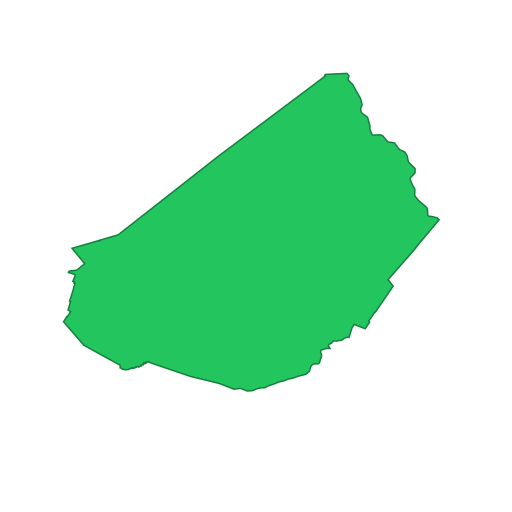 Emmen, Drenthe, Netherlands, rotated 229°
{"feature_id": "6326949B31474052020182", "entity_name": "Emmen", "entity_type": "district", "adm_level": 2, "iso_a3": "NLD", "parent_name": "Netherlands", "parent_adm1": "Drenthe", "projection": "mercator", "projection_center": [6.941, 52.753], "detail": "fine", "context": "isolated", "style": "filled", "palette": "green", "viewbox_px": 512, "rotation_deg": 229, "n_neighbors": 0, "source": "geoboundaries", "source_scale": "gbopen_adm2", "svg_char_len": 5552}
<svg xmlns="http://www.w3.org/2000/svg" viewBox="0 0 512 512"><g transform="rotate(229 256 256)"><path d="M163.2,418.0L165.4,417.8L165.7,417.8L166.0,417.7L170.5,414.6L171.0,414.2L171.9,413.1L172.2,412.9L172.8,412.6L173.6,412.3L174.1,412.4L174.5,412.6L177.2,414.9L177.8,415.3L179.4,416.3L179.9,416.5L180.4,416.6L180.9,416.6L181.3,416.6L191.4,415.1L195.6,415.2L196.4,415.3L196.8,415.3L197.1,415.4L197.7,415.7L198.3,416.1L201.7,419.3L202.2,419.7L202.7,419.8L206.5,420.6L207.3,420.8L212.4,422.5L212.8,422.7L213.2,423.0L213.4,423.2L213.5,423.4L213.6,423.7L213.7,424.0L213.8,425.0L214.3,429.9L214.3,430.3L214.4,430.5L214.7,430.8L217.2,433.1L217.5,433.3L218.1,433.4L225.8,432.8L226.5,432.8L227.2,433.0L227.8,433.2L231.9,435.5L232.3,435.7L232.9,435.9L236.3,436.5L237.0,436.4L237.4,436.3L241.5,434.4L242.1,434.2L242.6,434.2L243.1,434.1L245.9,434.3L250.0,434.7L250.5,434.6L251.0,434.4L255.3,430.6L255.5,430.5L255.8,430.4L256.4,430.4L259.5,430.4L263.5,430.5L264.0,430.4L264.4,430.2L266.0,429.2L269.1,425.4L270.2,423.9L270.5,423.6L271.0,423.4L271.3,423.3L271.6,423.3L272.0,423.4L276.7,425.0L277.3,425.3L277.7,425.6L279.2,427.2L279.5,427.4L286.4,430.7L287.3,431.0L288.0,431.1L288.6,431.0L293.3,429.8L293.7,429.8L294.1,429.7L294.8,429.7L295.4,429.8L296.2,430.1L296.6,430.3L297.5,430.9L298.3,431.4L298.7,431.8L298.9,432.1L300.0,434.6L300.3,435.0L300.7,435.4L301.0,435.6L306.3,438.2L307.1,438.4L314.5,439.8L321.7,441.5L327.5,441.1L328.1,441.2L328.5,441.3L328.8,441.5L329.3,441.9L329.4,442.1L330.6,443.8L330.9,444.2L331.1,444.3L331.4,444.4L332.0,444.5L333.3,444.4L333.8,444.5L334.1,444.5L334.2,444.4L336.2,441.9L347.3,427.8L347.3,426.3L346.9,426.2L346.4,426.2L347.8,406.3L356.0,293.1L362.4,165.9L370.4,148.5L369.9,148.3L370.5,147.2L370.9,147.3L382.5,122.2L363.2,121.7L363.0,121.9L362.9,121.9L363.0,121.2L362.9,121.1L362.7,120.8L362.4,120.5L362.7,119.5L363.0,111.2L366.9,105.7L367.0,105.3L366.9,103.8L366.9,103.7L366.5,103.7L366.2,103.9L365.5,104.3L361.0,107.1L360.7,107.2L360.2,107.1L360.0,106.9L357.0,101.1L355.5,102.0L354.9,100.8L354.0,101.4L352.1,98.2L351.5,97.5L349.0,93.6L347.2,90.6L344.1,85.6L343.3,86.1L338.5,78.7L335.7,79.7L333.9,73.5L334.4,73.4L332.6,67.6L301.6,67.5L262.7,81.8L260.7,80.1L260.3,80.5L260.0,80.6L259.8,80.7L259.6,80.6L259.2,80.5L258.4,81.1L258.2,81.0L257.8,81.2L257.7,81.3L257.6,81.7L257.4,81.8L256.9,82.0L256.6,82.1L256.2,82.5L255.4,83.2L255.0,83.8L254.8,84.2L254.8,84.4L254.7,84.5L254.3,84.8L254.2,84.9L254.1,85.1L254.2,85.5L253.9,85.8L253.7,86.7L253.6,86.9L253.5,87.3L253.4,87.4L253.1,88.5L252.5,88.6L252.2,88.8L252.1,89.0L252.2,89.3L252.5,89.7L252.5,89.8L252.3,90.0L251.8,89.9L251.1,90.8L251.0,91.0L251.0,91.6L251.2,92.3L251.3,92.3L251.3,92.5L251.2,92.6L250.7,92.7L250.5,92.8L250.5,93.0L250.7,93.5L250.6,93.8L250.4,94.0L250.0,94.3L249.8,94.3L249.4,94.3L249.5,94.9L249.4,95.0L249.0,95.2L248.9,95.3L248.8,95.7L248.9,95.9L248.9,96.2L248.8,96.6L248.9,96.8L249.0,96.9L249.0,97.2L248.5,97.1L248.5,97.3L248.4,97.3L248.2,97.4L248.2,97.5L248.4,97.7L248.5,97.8L248.6,98.5L248.4,98.8L248.1,99.4L248.1,99.5L247.9,99.5L247.9,99.8L247.9,100.0L248.0,100.0L248.5,100.0L248.8,100.4L248.8,100.5L248.7,100.8L249.1,101.4L249.1,101.6L248.9,101.7L248.4,101.6L248.0,101.6L247.6,101.8L247.4,101.9L247.3,102.0L247.3,102.3L247.3,102.7L247.4,102.8L247.6,102.8L247.9,102.8L248.0,103.0L248.1,103.3L247.5,103.7L247.3,103.8L247.3,104.0L247.3,104.3L247.3,104.6L247.4,104.8L246.9,105.1L246.9,105.4L246.8,105.5L245.8,105.9L245.8,105.7L236.3,111.1L207.4,128.0L191.7,139.2L183.8,144.7L172.8,150.5L170.0,151.9L166.3,157.4L165.7,157.8L160.0,160.7L159.7,161.1L157.5,163.8L157.3,164.1L156.3,165.8L156.0,166.9L155.6,168.3L155.4,169.0L154.8,170.4L154.1,171.7L153.7,172.4L152.1,174.7L151.5,175.2L151.3,175.5L150.9,176.0L150.7,176.3L150.6,176.8L150.0,179.9L149.7,180.6L147.6,185.6L147.2,186.7L146.2,189.8L145.9,190.6L145.6,191.3L145.3,191.9L144.1,194.0L143.7,194.7L141.9,199.7L141.8,200.0L141.5,200.5L140.1,202.7L139.8,203.4L139.3,204.4L137.5,209.2L137.3,209.6L136.9,210.4L136.3,211.3L136.0,211.9L134.4,215.3L134.2,215.8L134.0,216.3L133.9,216.8L133.9,217.4L133.9,217.8L134.0,218.5L134.0,218.8L134.0,219.1L133.9,220.0L134.0,220.2L134.0,220.5L134.2,221.0L135.6,223.3L136.6,224.9L136.7,225.4L136.9,225.8L136.9,226.4L137.0,226.9L136.9,227.5L136.8,228.1L136.5,228.8L136.4,229.1L136.0,229.6L135.8,229.9L134.3,231.5L134.1,231.8L134.0,232.0L133.8,232.4L133.8,233.0L133.8,233.6L133.9,234.0L134.0,234.2L134.2,234.5L135.8,237.0L136.5,238.6L136.9,239.2L138.2,240.4L138.8,240.9L139.1,241.0L139.6,241.2L140.4,241.3L140.6,241.4L140.9,241.5L141.2,241.8L141.6,242.1L141.7,242.4L142.2,243.5L141.3,245.7L140.6,247.5L140.4,247.9L139.7,248.7L139.2,249.4L138.6,250.2L137.7,251.2L140.8,251.6L141.0,252.4L141.1,252.6L141.2,253.2L141.3,253.7L141.2,254.1L140.8,255.1L140.7,255.5L140.7,255.8L141.0,257.3L141.0,257.6L141.0,258.2L140.9,258.7L140.7,259.1L140.4,259.6L140.2,259.8L139.1,260.7L138.8,261.1L138.5,261.5L138.3,262.1L137.9,263.1L137.0,264.1L136.4,265.0L136.3,265.3L136.2,265.7L136.1,266.5L135.9,268.7L135.8,269.3L135.5,270.0L135.1,270.9L134.2,272.3L133.8,272.7L133.5,272.8L134.0,273.5L134.6,274.5L138.6,281.0L138.7,281.3L139.1,282.6L139.4,283.4L140.1,285.0L139.5,285.4L139.5,285.5L139.4,285.5L133.1,288.8L131.5,289.6L129.5,290.7L131.5,298.3L132.9,298.4L135.6,308.6L135.3,309.3L137.1,316.1L141.2,332.0L141.4,332.6L143.3,339.8L151.5,340.2L154.8,364.4L155.8,372.2L156.4,376.1L156.7,378.2L157.3,381.6L157.2,381.7L157.2,381.8L157.2,382.0L157.3,382.2L157.5,382.4L157.9,384.5L158.0,384.8L158.2,386.3L159.9,397.1L160.1,398.8L161.1,404.8L163.2,418.0Z" fill="#22c55e" stroke="#15803d" stroke-width="1.5"/></g></svg>